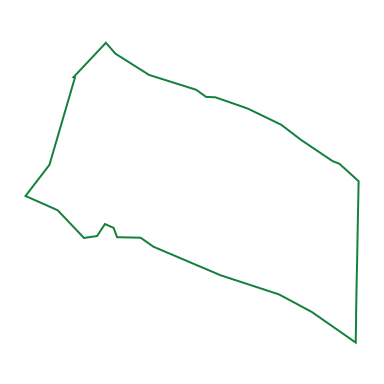 outline of Fulton, Pennsylvania, United States of America, rotated 271°
{"feature_id": "52423323B39078758383131", "entity_name": "Fulton", "entity_type": "district", "adm_level": 2, "iso_a3": "USA", "parent_name": "United States of America", "parent_adm1": "Pennsylvania", "projection": "equal_earth", "projection_center": [-78.158, 39.944], "detail": "fine", "context": "isolated", "style": "outline", "palette": "green", "viewbox_px": 384, "rotation_deg": 271, "n_neighbors": 0, "source": "geoboundaries", "source_scale": "gbopen_adm2", "svg_char_len": 629}
<svg xmlns="http://www.w3.org/2000/svg" viewBox="0 0 384 384"><g transform="rotate(271 192 192)"><path d="M65.9,358.3L66.1,358.3L67.2,358.3L67.8,358.3L69.2,358.3L72.8,358.2L108.2,358.2L123.0,358.3L124.6,358.3L145.2,358.3L146.1,358.3L205.7,358.4L222.7,339.0L225.4,331.9L246.0,300.1L260.8,280.0L276.5,246.0L287.1,213.6L287.3,204.5L294.3,194.3L308.3,147.0L328.9,113.1L339.7,103.3L304.7,71.5L304.5,73.0L216.7,49.0L185.1,25.6L171.4,58.0L144.2,84.8L146.3,97.8L158.4,105.5L154.8,114.2L145.5,117.9L145.4,141.4L136.5,154.6L109.2,222.1L91.1,280.8L74.0,314.1L44.3,358.3L65.9,358.3Z" fill="none" stroke="#15803d" stroke-width="2"/></g></svg>